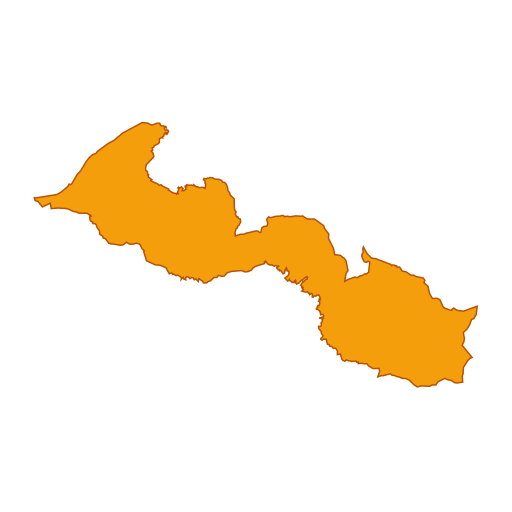 Cisnadie, Sibiu, Romania (orthographic projection), rotated 267°
{"feature_id": "2599482B29691354354031", "entity_name": "Cisnadie", "entity_type": "district", "adm_level": 2, "iso_a3": "ROU", "parent_name": "Romania", "parent_adm1": "Sibiu", "projection": "orthographic", "projection_center": [24.09, 45.647], "detail": "fine", "context": "isolated", "style": "filled", "palette": "amber", "viewbox_px": 512, "rotation_deg": 267, "n_neighbors": 0, "source": "geoboundaries", "source_scale": "gbopen_adm2", "svg_char_len": 6135}
<svg xmlns="http://www.w3.org/2000/svg" viewBox="0 0 512 512"><g transform="rotate(267 256 256)"><path d="M153.8,335.1L148.6,336.3L147.2,337.2L146.3,339.3L147.5,340.9L146.5,342.6L146.5,344.8L145.6,345.8L145.9,350.4L144.7,351.0L144.8,352.6L143.2,352.4L143.4,355.7L142.7,358.0L142.7,361.0L140.3,362.7L137.4,367.1L137.4,372.9L134.6,373.5L128.9,371.3L130.0,375.0L129.8,376.6L131.4,384.0L129.7,385.8L129.5,387.8L128.2,390.5L127.7,393.0L126.1,395.4L125.9,398.9L124.1,402.5L119.4,406.8L116.8,410.2L117.6,414.3L116.8,422.8L118.0,425.1L117.8,428.9L120.7,430.9L123.9,438.2L122.5,440.7L121.7,444.3L119.1,447.7L118.7,450.2L119.2,455.8L125.2,455.7L127.5,456.6L134.0,457.4L140.5,462.0L142.6,464.4L143.4,466.5L156.0,457.2L159.8,459.2L162.9,459.8L168.7,459.0L172.0,462.9L175.7,465.5L181.4,468.0L182.0,470.2L186.0,472.8L194.3,474.3L190.0,460.2L191.3,453.7L193.7,450.8L192.5,448.9L191.7,448.8L191.6,447.6L194.0,441.7L195.8,440.0L202.7,437.4L204.3,434.4L204.4,429.9L209.5,427.3L216.7,426.2L220.6,422.3L222.9,423.4L225.3,421.8L227.1,414.6L228.5,412.8L228.7,409.8L232.4,405.0L233.2,401.3L237.2,399.0L237.6,398.3L237.2,396.5L238.8,395.9L238.6,394.6L239.5,394.1L239.9,391.9L239.3,391.0L240.5,390.2L247.2,375.1L247.8,371.3L252.5,367.1L259.5,363.7L257.5,363.0L254.2,363.3L251.7,361.7L248.9,361.9L244.6,363.8L243.9,366.0L244.9,367.9L244.0,369.3L233.9,367.6L232.3,365.3L232.4,363.5L230.9,360.8L230.5,358.3L229.1,356.3L229.8,353.6L227.6,346.3L226.0,343.3L233.9,345.0L236.6,347.1L246.6,345.6L249.0,344.0L252.3,340.1L253.2,334.6L259.4,333.8L269.8,329.3L274.1,329.8L279.9,325.9L282.8,325.1L289.8,316.4L290.2,309.9L290.8,308.2L293.6,304.7L293.3,303.5L294.0,297.8L293.4,292.3L294.1,289.4L293.8,286.5L294.9,285.6L295.1,283.8L294.6,282.5L294.6,277.6L293.6,273.1L293.7,271.7L294.5,270.7L291.9,268.5L288.1,269.5L286.0,268.9L285.2,268.1L285.1,265.5L283.8,263.3L279.2,262.0L279.3,260.8L280.8,259.2L281.0,257.2L279.3,247.5L278.4,245.1L278.5,241.6L277.1,236.4L280.9,236.3L284.2,237.6L285.1,239.0L286.7,239.0L287.4,240.5L291.0,242.5L293.8,242.2L294.4,240.6L296.2,239.8L296.1,238.7L297.9,237.9L299.4,237.6L301.0,238.5L302.5,237.3L305.1,236.9L314.2,237.2L318.4,233.3L320.3,233.1L322.9,231.3L325.8,231.2L329.4,230.0L331.3,228.2L331.5,226.6L333.3,225.5L334.5,223.1L334.9,219.0L336.4,216.7L336.8,214.1L336.0,212.4L336.4,211.6L335.6,210.3L336.2,208.1L335.0,207.5L333.4,209.0L331.1,209.0L330.7,209.6L326.1,208.8L327.4,206.5L327.3,202.7L328.2,201.3L328.3,199.9L330.2,197.7L329.4,197.8L330.3,195.1L330.0,194.3L330.7,190.6L329.5,190.0L328.2,190.5L329.5,189.5L328.7,189.2L330.1,188.6L326.3,189.6L325.0,187.1L325.0,185.5L327.2,186.7L328.9,185.3L327.9,183.2L328.8,182.4L328.2,181.6L326.8,182.3L322.8,180.7L321.8,182.4L322.7,179.8L322.2,179.6L322.8,179.2L322.8,178.0L323.8,175.7L326.5,172.1L327.3,172.4L330.7,166.3L332.1,164.9L331.8,163.0L333.3,161.4L336.3,155.2L336.9,154.8L337.6,156.0L340.5,152.6L342.8,152.9L342.8,152.2L346.2,151.9L347.1,150.4L349.6,150.3L352.8,151.2L360.4,159.1L363.9,158.7L366.3,156.9L367.1,158.4L369.3,157.9L370.0,159.5L371.4,160.2L373.4,164.5L374.4,165.4L378.3,165.8L379.2,168.2L378.8,169.0L380.0,169.0L380.6,170.1L383.4,171.1L384.0,174.0L383.2,173.6L383.1,172.3L382.3,172.6L382.9,173.1L382.4,173.6L385.0,175.2L386.3,174.6L386.6,173.2L386.2,172.1L388.0,171.1L389.6,172.4L389.0,173.0L390.0,172.8L390.3,171.8L389.8,171.4L390.8,170.3L390.5,169.6L391.4,167.5L392.8,167.2L393.5,166.1L393.6,167.5L393.8,164.1L392.3,159.5L392.8,157.3L394.3,155.1L395.2,149.3L385.7,129.2L379.1,120.5L376.2,114.5L368.7,103.0L366.9,101.7L365.8,98.2L363.1,94.8L359.3,91.4L350.4,85.5L346.9,81.8L337.8,75.8L337.0,74.5L337.6,73.2L335.2,71.7L329.8,64.4L327.8,60.4L325.5,38.9L325.8,37.7L322.9,38.3L321.9,41.1L316.2,45.3L319.5,53.3L314.0,54.0L314.3,60.7L313.5,67.7L312.8,70.9L310.1,75.8L309.3,79.2L308.1,81.2L307.5,89.8L305.3,92.1L305.5,92.9L304.5,93.5L303.6,91.9L299.9,92.3L298.3,94.8L297.6,94.4L296.8,95.0L296.7,97.0L295.6,98.1L293.0,98.7L289.4,100.9L285.7,101.2L283.9,103.9L282.0,104.3L281.1,106.6L276.4,109.7L276.1,111.4L275.6,111.6L275.5,113.9L273.8,121.3L274.2,124.0L276.5,127.5L274.5,130.2L274.3,134.0L275.0,137.2L274.4,139.5L273.4,140.8L269.1,142.7L267.0,144.6L266.1,144.1L257.0,146.4L252.4,155.0L251.8,159.7L249.0,165.5L242.8,168.4L243.5,170.4L242.5,172.0L242.0,171.8L242.2,172.9L240.6,175.0L241.0,176.9L238.3,180.6L236.6,180.1L238.5,182.1L236.6,182.9L235.9,184.7L237.8,184.5L239.1,185.9L238.2,188.0L236.8,188.9L237.8,190.6L237.5,192.2L235.5,193.1L236.3,194.6L233.6,197.0L236.4,197.6L233.5,201.5L231.9,202.0L231.7,205.3L232.9,206.6L233.6,209.3L236.7,212.7L236.6,215.7L238.6,217.5L237.5,220.7L237.6,223.1L240.7,226.3L241.9,230.7L242.2,240.8L240.7,244.1L240.8,247.2L242.2,250.8L244.2,252.4L245.7,254.9L247.9,263.8L248.9,264.6L249.7,264.0L250.5,265.3L247.6,267.1L246.1,269.7L246.5,271.1L244.8,273.6L245.5,274.8L244.7,276.8L245.0,278.7L243.2,276.0L242.6,276.2L240.9,277.5L241.1,278.4L239.9,278.8L240.2,280.0L236.7,282.1L237.7,283.7L240.6,284.2L242.5,285.8L240.1,286.4L239.7,285.9L239.0,288.1L236.3,287.9L234.4,286.6L232.5,283.7L229.3,286.4L231.0,288.1L229.8,288.1L228.5,290.4L227.7,290.5L227.6,291.9L229.8,294.2L228.9,294.6L227.2,293.6L226.6,295.1L225.9,295.2L227.1,297.9L229.1,299.9L232.8,305.6L232.0,306.3L230.5,305.6L230.1,306.7L230.4,305.7L229.8,304.2L227.7,302.1L228.3,301.7L224.2,299.1L223.3,300.4L222.4,300.4L222.1,299.5L222.3,301.1L221.9,301.5L221.0,300.6L219.9,301.6L218.5,299.9L217.3,303.6L217.7,305.6L215.8,306.7L216.1,307.2L214.6,307.6L215.8,309.5L214.8,310.3L212.1,310.0L211.9,311.0L213.1,311.8L212.7,313.6L213.6,314.5L213.8,316.6L210.7,318.0L209.8,316.9L209.0,317.9L208.2,316.1L208.2,317.0L207.5,316.2L207.1,317.1L205.8,317.3L203.4,316.7L203.4,315.3L202.3,314.7L201.9,315.2L200.6,313.6L199.7,313.6L199.2,315.3L197.2,317.0L193.9,317.6L194.2,319.7L192.8,320.5L191.2,319.8L191.6,318.8L191.0,318.2L190.8,315.7L189.9,319.5L189.3,318.7L187.1,318.8L186.0,317.5L183.0,317.6L182.4,316.5L182.5,314.8L179.9,315.0L177.7,317.0L175.1,317.3L173.1,318.7L171.7,318.3L170.4,316.6L169.5,316.3L168.5,317.5L169.4,319.0L169.3,321.7L164.1,322.8L163.6,324.6L162.0,325.0L161.6,327.2L159.7,328.3L159.7,330.8L157.0,332.3L153.2,332.1L153.8,335.1Z" fill="#f59e0b" stroke="#b45309" stroke-width="1.5"/></g></svg>